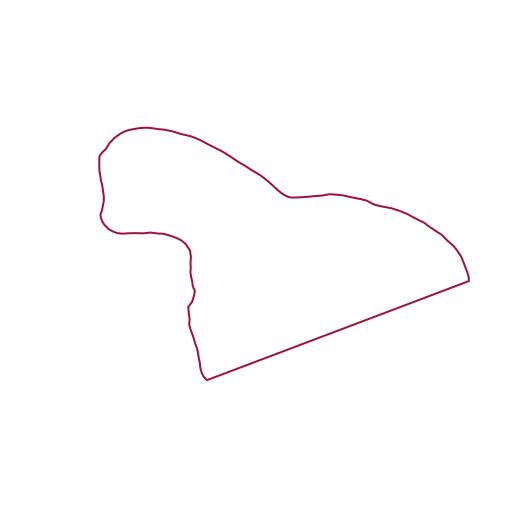 outline of North Huvadhoo, Maldives, rotated 307°
{"feature_id": "70690204B59345201549971", "entity_name": "North Huvadhoo", "entity_type": "district", "adm_level": 2, "iso_a3": "MDV", "parent_name": "Maldives", "parent_adm1": "", "projection": "equal_earth", "projection_center": [73.335, 0.637], "detail": "fine", "context": "isolated", "style": "outline", "palette": "rose", "viewbox_px": 512, "rotation_deg": 307, "n_neighbors": 0, "source": "geoboundaries", "source_scale": "gbopen_adm2", "svg_char_len": 1644}
<svg xmlns="http://www.w3.org/2000/svg" viewBox="0 0 512 512"><g transform="rotate(307 256 256)"><path d="M364.1,441.1L367.1,438.6L370.1,434.6L373.5,429.2L377.0,423.6L379.2,419.7L381.4,413.3L382.9,408.0L383.5,399.0L384.7,391.7L384.2,385.2L383.7,376.4L383.8,370.4L382.0,361.1L380.4,350.8L378.5,343.7L375.7,335.5L371.6,327.3L368.8,321.1L367.9,318.0L366.8,310.9L364.5,305.5L361.6,299.5L359.3,294.6L356.8,289.0L353.8,284.0L349.5,277.4L344.8,273.2L339.9,267.7L334.7,262.0L329.4,255.9L324.2,249.5L322.5,245.9L321.5,239.5L321.7,233.8L322.4,226.6L323.0,219.2L323.1,210.8L322.0,201.2L321.4,193.0L320.5,185.2L320.1,177.8L319.4,167.7L317.5,156.9L316.2,149.7L315.0,141.8L313.8,136.7L312.1,131.1L308.0,122.1L305.5,114.8L301.9,107.1L298.4,101.4L296.2,97.2L292.7,91.5L288.5,86.5L283.5,81.7L279.3,78.1L275.9,75.8L271.8,74.0L268.1,72.8L265.0,71.9L260.6,71.4L258.3,71.0L254.0,71.4L250.9,71.7L246.7,70.9L241.5,70.9L236.0,74.8L230.1,79.4L227.0,82.7L223.4,86.3L220.0,90.5L216.3,94.3L212.1,98.5L208.2,101.4L202.0,104.4L198.8,105.8L195.5,106.8L193.3,109.0L190.9,112.8L189.5,116.7L188.8,122.3L189.5,127.1L190.8,131.5L193.2,135.5L196.8,139.8L201.0,145.0L206.4,152.5L211.2,157.6L214.9,164.1L217.8,168.3L219.4,172.1L221.4,177.7L222.9,183.0L223.5,186.9L223.3,192.6L220.8,199.8L216.2,204.5L211.0,207.9L207.3,211.0L203.3,213.6L199.4,217.8L196.7,221.0L193.8,223.7L191.3,228.2L186.7,230.5L180.8,232.6L174.6,232.5L169.6,237.0L165.7,240.9L161.1,243.9L158.3,247.4L155.7,251.4L153.7,254.6L149.7,259.8L146.4,265.0L142.3,269.4L139.6,272.3L136.8,275.5L133.4,278.6L131.3,281.2L130.0,283.0L128.2,286.5L127.3,291.5L364.1,441.1Z" fill="none" stroke="#9f1239" stroke-width="2"/></g></svg>